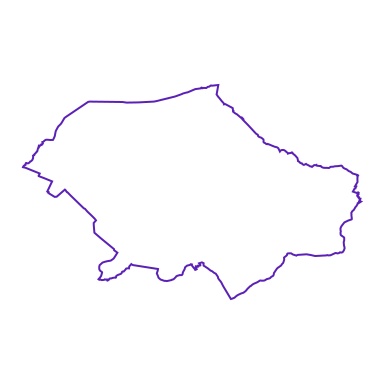 Albeni, Gorj, Romania (Equal Earth projection)
{"feature_id": "2599482B6385563312435", "entity_name": "Albeni", "entity_type": "district", "adm_level": 2, "iso_a3": "ROU", "parent_name": "Romania", "parent_adm1": "Gorj", "projection": "equal_earth", "projection_center": [23.622, 45.016], "detail": "fine", "context": "isolated", "style": "outline", "palette": "violet", "viewbox_px": 384, "rotation_deg": 0, "n_neighbors": 0, "source": "geoboundaries", "source_scale": "gbopen_adm2", "svg_char_len": 5977}
<svg xmlns="http://www.w3.org/2000/svg" viewBox="0 0 384 384"><path d="M342.4,252.3L343.1,251.6L344.0,250.1L344.6,248.3L344.4,246.7L344.0,245.6L343.7,242.1L344.2,240.3L344.2,238.5L344.2,237.8L343.8,237.2L341.2,235.4L340.7,234.8L340.5,232.9L340.8,231.4L340.5,229.8L340.5,228.6L340.7,227.7L341.5,226.1L344.4,222.4L348.1,220.6L351.6,219.4L351.8,219.0L351.8,218.3L351.4,215.3L351.5,214.1L351.3,213.3L351.4,212.7L352.4,211.1L353.9,209.8L355.5,207.0L356.4,206.1L357.4,204.4L357.7,203.2L358.4,203.2L358.6,202.8L359.0,202.9L359.7,202.5L361.0,201.6L359.3,201.0L359.5,200.7L359.5,200.1L359.9,199.6L360.2,199.6L360.4,198.8L359.6,198.8L359.6,198.6L358.9,198.0L359.3,197.7L359.2,197.3L357.9,196.7L357.8,196.4L357.2,195.9L357.2,195.7L357.8,195.6L357.8,195.4L357.4,195.3L357.4,195.1L358.0,194.9L357.7,193.8L358.5,193.7L358.3,193.3L358.6,192.7L358.3,192.5L357.9,192.9L357.5,192.7L357.3,193.1L357.1,193.1L352.9,191.6L354.5,188.7L355.4,188.4L355.4,188.0L356.2,186.5L355.0,186.3L357.5,182.0L357.4,178.4L357.6,176.5L357.3,176.0L358.1,175.5L358.0,175.3L357.1,174.8L352.6,173.5L350.7,171.9L348.6,171.0L346.7,169.4L344.5,168.5L343.5,167.9L342.9,167.3L342.3,166.3L341.7,165.8L341.3,165.6L338.2,166.1L334.8,166.3L333.3,166.7L330.9,166.8L330.5,166.9L329.2,167.9L328.3,168.0L326.8,167.8L326.1,167.9L323.9,167.8L323.0,167.6L321.5,167.0L321.1,166.3L320.6,166.0L319.6,166.0L316.9,165.7L316.5,165.3L316.4,164.9L315.6,165.2L314.2,165.1L312.0,166.9L311.7,166.8L311.2,166.4L310.2,166.4L309.0,165.6L306.4,164.3L306.0,163.9L304.0,164.9L303.6,164.9L302.4,164.1L301.8,163.3L300.8,163.2L299.6,162.4L299.4,161.8L298.0,161.1L297.9,160.1L297.4,158.0L295.1,155.4L292.6,153.4L292.5,152.8L292.2,152.5L291.8,152.4L290.7,153.0L289.1,153.2L287.9,153.6L287.7,152.9L286.2,151.8L285.5,151.0L284.0,150.1L283.2,149.9L281.4,150.1L280.5,150.7L279.9,151.5L278.3,148.2L277.0,147.3L274.3,146.6L268.5,144.2L267.4,143.9L267.1,144.2L266.3,144.0L265.8,143.7L265.3,143.2L264.2,142.7L263.8,142.4L263.5,141.9L263.6,140.6L263.4,139.4L261.3,137.7L259.3,137.0L258.6,136.6L258.0,135.8L258.1,135.3L257.5,134.5L256.7,134.2L255.5,133.1L248.1,125.1L242.7,119.6L243.3,119.1L242.7,118.4L241.8,117.5L241.3,118.0L236.8,114.2L235.4,113.5L233.1,111.7L233.0,111.3L233.4,110.8L233.0,110.4L232.7,108.1L225.3,104.1L224.1,104.3L224.2,103.9L224.1,103.7L221.9,101.3L219.2,97.9L217.7,96.2L217.5,95.7L216.6,94.5L218.3,85.0L211.9,85.7L211.5,85.5L210.8,85.5L209.3,86.6L207.7,86.9L206.3,88.0L203.7,87.9L202.8,88.2L202.6,87.9L202.0,87.8L201.7,88.0L201.3,87.7L200.8,88.1L200.7,88.4L195.3,89.1L187.5,92.4L186.6,92.5L183.0,93.5L181.5,94.2L175.1,96.5L155.6,101.3L153.6,101.6L138.7,102.4L126.6,102.6L122.5,102.0L89.7,101.6L88.1,101.9L65.2,117.4L64.4,118.1L61.7,122.7L60.6,124.2L58.4,126.3L57.7,127.4L55.9,130.8L55.6,131.7L54.8,136.0L54.2,137.5L53.0,139.9L50.5,140.0L47.3,139.7L45.9,139.8L44.6,140.5L44.0,141.2L43.0,142.0L42.4,142.0L42.4,142.6L42.8,143.4L42.2,143.9L42.3,144.4L41.6,144.9L41.0,144.7L40.8,145.2L40.2,145.5L39.5,146.3L39.4,146.2L39.2,145.5L38.9,145.5L38.5,147.2L38.7,147.7L38.1,148.1L37.7,149.4L37.6,150.1L37.3,150.7L37.3,151.2L37.2,151.5L36.6,151.8L36.1,152.6L34.4,154.3L34.2,154.6L34.4,154.9L34.3,155.1L33.3,155.4L33.1,155.6L33.3,155.9L33.1,156.6L33.1,158.0L32.5,159.6L32.3,160.0L31.1,161.2L30.2,161.5L29.5,162.5L28.7,163.0L28.0,163.4L27.2,163.3L26.4,163.0L25.9,163.1L25.6,163.7L25.5,164.9L24.6,165.1L23.3,166.4L23.0,167.2L25.3,167.7L39.7,173.5L38.6,175.9L38.7,176.1L44.0,178.1L52.1,181.4L47.3,191.5L48.5,192.0L48.2,192.7L48.9,193.0L49.0,193.4L54.7,196.9L56.7,196.7L64.9,189.6L65.4,190.0L66.7,191.9L67.0,192.2L67.4,192.2L70.6,195.5L83.9,208.4L85.0,208.8L87.3,211.5L91.2,215.2L94.6,218.6L96.0,220.4L93.7,223.0L93.8,225.8L94.4,232.7L101.1,238.5L114.0,249.1L114.1,250.2L117.4,252.7L115.0,256.5L113.6,258.6L110.8,260.6L107.2,261.2L104.5,261.9L102.5,262.6L99.7,265.1L99.3,266.4L99.2,268.0L99.4,269.6L100.3,270.9L101.9,272.0L102.1,272.6L101.1,276.0L99.9,277.7L98.5,279.2L99.3,279.8L100.4,279.6L101.7,280.1L103.2,280.0L104.5,279.7L104.8,279.4L105.2,279.6L105.9,279.5L107.2,279.5L107.1,280.3L107.2,280.5L107.6,280.6L109.0,279.6L109.3,279.0L109.8,278.5L111.5,278.4L112.6,277.9L115.2,277.5L115.7,277.7L116.0,277.3L116.1,276.4L116.5,275.8L117.8,275.0L120.8,273.9L121.7,273.0L121.9,272.2L122.3,271.7L122.6,271.5L123.7,271.5L125.4,269.7L126.1,268.6L127.5,268.3L129.0,268.4L129.2,266.5L131.3,264.1L131.9,264.6L133.1,265.1L158.0,269.0L157.7,270.7L156.8,273.4L158.0,276.1L158.5,277.7L160.5,279.5L164.5,280.9L166.0,280.9L166.8,281.1L170.9,280.2L171.6,280.0L171.7,279.8L173.4,279.3L174.2,278.7L174.7,278.1L175.6,277.3L176.2,276.4L177.3,275.8L179.6,275.1L181.4,275.1L182.0,274.9L182.7,273.8L182.7,273.0L183.1,271.9L184.6,269.2L185.1,267.3L187.1,265.6L189.7,265.0L190.9,264.2L191.4,264.9L191.8,264.8L191.7,265.2L193.7,267.8L194.9,269.2L195.2,269.9L195.4,269.9L196.7,269.2L195.8,267.4L195.7,267.0L195.8,266.4L196.4,266.6L196.9,266.3L197.7,266.8L198.2,266.6L198.1,265.7L199.6,265.6L200.3,265.4L200.4,265.1L199.9,264.3L199.1,263.3L201.9,262.4L203.6,263.2L203.5,265.1L203.7,265.7L204.0,265.8L206.5,267.5L207.5,268.1L210.6,270.6L212.1,271.2L213.9,272.7L215.8,273.7L217.9,276.8L218.2,278.3L219.3,279.9L220.6,281.4L221.5,282.8L223.1,286.0L230.9,299.0L232.3,298.6L234.7,297.6L235.3,296.9L237.5,295.2L241.0,293.5L243.5,292.7L245.7,291.0L247.6,288.7L250.2,286.2L250.8,286.0L252.0,284.9L253.5,283.9L257.4,282.2L259.9,280.6L260.4,280.5L262.0,280.7L264.0,280.6L265.1,280.2L266.1,279.5L266.8,279.1L269.5,278.4L270.2,278.0L271.2,276.9L273.0,275.9L273.6,275.0L274.0,273.0L276.8,268.8L277.9,267.7L278.9,267.1L279.5,266.6L281.0,265.6L282.0,264.1L283.1,263.0L283.5,262.0L284.2,259.6L284.2,258.9L284.0,257.9L284.1,257.5L285.9,256.1L286.6,255.5L287.0,255.0L287.1,254.1L287.4,253.7L287.9,253.4L291.0,253.3L292.9,254.5L296.4,255.6L297.0,255.2L297.7,254.9L306.5,254.3L310.7,255.0L314.6,255.9L315.5,256.0L326.4,255.4L327.2,255.1L328.2,255.4L330.3,255.3L331.3,254.9L335.2,253.1L335.7,253.0L337.7,253.4L338.9,253.1L340.0,252.3L341.1,252.6L342.4,252.3Z" fill="none" stroke="#5b21b6" stroke-width="2"/></svg>